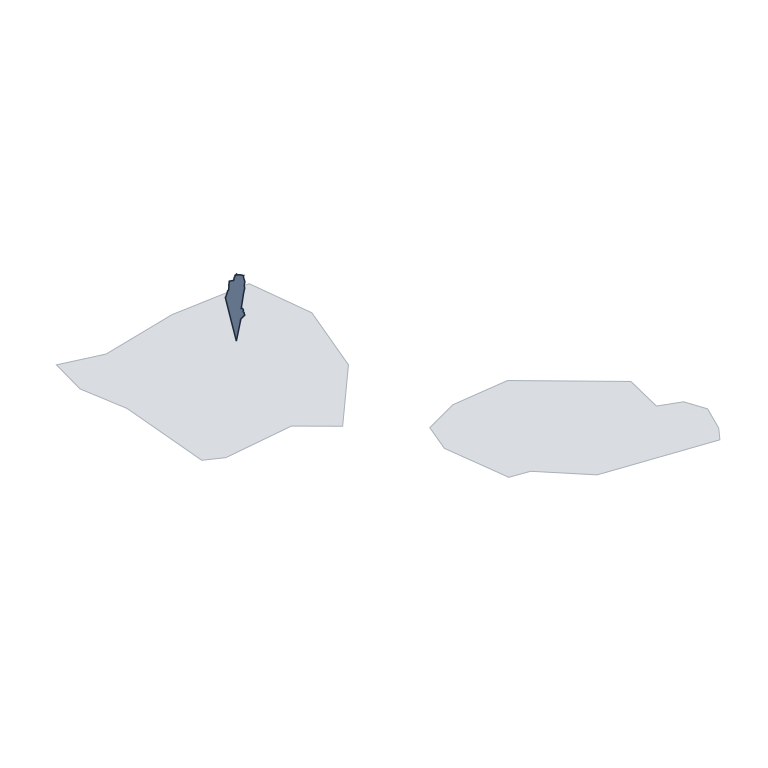 Gagaemauga III, Gaga'emauga, Samoa (highlighted), rotated 344°
{"feature_id": "51752279B15532907109577", "entity_name": "Gagaemauga III", "entity_type": "district", "adm_level": 2, "iso_a3": "WSM", "parent_name": "Samoa", "parent_adm1": "Gaga'emauga", "projection": "albers", "projection_center": [-172.363, -13.506], "detail": "fine", "context": "in_parent", "style": "filled", "palette": "slate", "viewbox_px": 768, "rotation_deg": 344, "n_neighbors": 0, "source": "geoboundaries", "source_scale": "gbopen_adm2", "svg_char_len": 2320}
<svg xmlns="http://www.w3.org/2000/svg" viewBox="0 0 768 768"><g transform="rotate(344 384 384)"><path d="M282.0,250.4L334.3,295.7L355.1,355.8L332.6,413.2L283.3,398.9L211.6,411.2L187.8,407.1L130.3,336.7L90.5,305.0L74.4,275.3L125.2,278.6L199.3,258.9L282.0,250.4ZM691.5,530.2L563.8,530.1L500.8,508.3L478.3,508.1L424.3,462.5L416.0,438.6L444.5,422.9L503.6,414.7L622.0,449.6L639.8,480.3L667.1,483.7L688.2,497.1L693.6,518.6L691.5,530.2Z" fill="#d9dde1" stroke="#a8b0b8" stroke-width="1"/><path d="M279.0,241.2L278.9,241.2L278.7,241.1L278.4,240.8L278.3,240.7L278.2,240.6L277.8,240.4L277.5,240.3L277.3,240.1L277.1,240.0L276.8,239.8L276.0,239.5L274.9,239.1L274.7,239.1L274.3,239.0L274.1,238.9L273.5,238.9L273.4,238.8L273.3,238.7L273.0,238.7L272.8,238.6L272.6,238.4L272.8,237.9L272.7,237.8L272.6,238.4L272.5,238.5L272.2,238.4L271.8,238.4L271.6,238.4L271.2,238.4L271.3,238.2L271.2,238.2L270.6,238.6L270.6,239.0L270.6,239.3L270.4,239.6L270.2,239.8L269.9,240.0L269.6,240.2L269.4,240.2L269.3,240.4L269.0,241.0L268.8,241.3L268.8,241.8L268.7,242.0L268.4,242.2L268.3,242.5L268.1,242.9L268.0,243.0L267.6,243.0L267.3,242.9L266.5,242.7L266.4,242.7L265.4,242.7L265.1,242.7L264.9,242.7L264.6,242.7L264.1,242.5L263.9,242.5L263.6,242.5L263.3,243.2L263.1,243.7L263.0,244.3L262.9,244.6L262.7,244.9L262.5,245.2L262.4,245.5L262.2,245.7L262.1,246.0L262.0,246.5L261.9,247.0L261.8,247.3L261.7,247.8L260.5,250.8L260.2,251.0L259.9,251.0L259.6,251.3L259.3,251.4L259.1,251.7L259.0,251.9L259.0,252.1L258.7,252.6L258.6,252.9L258.4,253.1L258.1,253.4L257.9,253.9L257.9,254.0L257.4,254.4L256.8,255.3L256.3,256.2L256.2,256.5L255.5,256.8L255.3,257.2L254.5,281.6L254.1,296.0L253.9,302.1L263.6,283.5L263.5,283.4L263.5,283.2L263.8,282.8L264.0,282.8L264.1,282.6L264.1,282.3L264.5,281.9L269.2,279.4L269.2,279.0L269.1,278.8L269.0,278.6L269.0,278.0L269.2,277.4L269.2,276.7L269.0,276.4L268.9,276.2L268.7,276.0L268.6,275.8L268.6,275.6L268.6,275.4L268.9,274.9L269.1,274.6L269.3,274.3L269.3,274.0L269.2,273.5L269.2,273.2L268.8,272.8L268.6,272.3L268.5,272.1L268.4,272.0L268.2,271.9L267.8,272.0L267.6,272.0L274.3,257.5L275.1,256.2L275.5,255.2L276.0,254.5L276.3,254.0L276.5,253.4L276.6,252.9L276.6,252.5L276.7,251.6L276.7,251.1L277.0,250.3L277.1,250.2L278.5,247.3L278.4,244.2L278.4,242.9L278.4,242.3L279.0,241.2Z" fill="#64748b" stroke="#1e293b" stroke-width="1.5"/></g></svg>